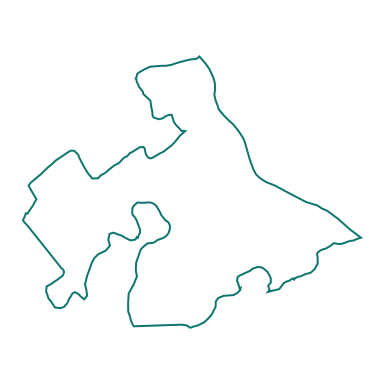 the district of Al-Rahmaniyya, Al Buhayrah, Egypt
{"feature_id": "37247803B62002284809719", "entity_name": "Al-Rahmaniyya", "entity_type": "district", "adm_level": 2, "iso_a3": "EGY", "parent_name": "Egypt", "parent_adm1": "Al Buhayrah", "projection": "albers", "projection_center": [30.587, 31.107], "detail": "fine", "context": "isolated", "style": "outline", "palette": "teal", "viewbox_px": 384, "rotation_deg": 0, "n_neighbors": 0, "source": "geoboundaries", "source_scale": "gbopen_adm2", "svg_char_len": 5947}
<svg xmlns="http://www.w3.org/2000/svg" viewBox="0 0 384 384"><path d="M28.6,185.6L30.7,189.4L31.5,190.9L33.3,194.0L35.7,197.9L36.5,199.2L34.5,202.5L33.3,204.9L31.6,207.5L31.0,208.3L28.8,211.7L27.5,213.6L25.9,213.2L25.0,215.8L23.0,220.4L24.7,222.7L25.7,223.6L26.8,224.8L27.4,225.5L28.2,226.5L29.5,228.0L31.3,230.4L34.6,234.5L38.5,239.4L40.5,241.9L44.9,247.4L51.5,255.7L53.8,258.6L57.7,263.5L61.5,268.3L62.0,268.7L63.2,269.7L64.0,271.9L63.9,272.7L63.5,273.9L62.7,275.6L62.3,275.9L60.8,277.1L59.0,278.5L56.8,280.1L55.6,280.8L54.8,281.4L53.4,282.4L51.3,283.9L46.7,286.4L46.1,291.1L47.4,295.0L48.5,298.6L50.9,301.3L55.0,307.5L60.6,308.2L64.7,306.5L65.4,305.1L65.9,304.6L66.5,304.2L67.0,303.6L67.3,303.1L68.5,300.5L69.1,298.7L70.5,296.9L71.0,296.3L71.3,295.4L72.1,293.9L74.7,292.1L78.3,293.9L80.9,296.7L84.2,299.3L85.2,298.1L85.7,297.4L87.1,295.6L86.4,290.3L85.0,284.1L85.6,282.2L86.9,276.6L88.1,273.2L89.9,268.2L92.0,262.3L94.5,257.9L98.5,254.1L105.6,250.7L110.0,245.6L108.3,239.7L109.6,233.8L111.7,233.2L113.0,232.7L114.7,233.1L117.0,234.1L122.2,235.8L122.7,236.2L123.9,237.1L125.8,237.9L126.9,238.7L130.0,240.2L131.7,240.3L133.5,239.9L135.5,239.5L136.7,237.2L137.8,237.9L138.3,236.5L139.0,234.5L140.2,232.2L140.0,230.2L139.9,229.3L138.9,226.4L136.9,221.2L135.5,218.1L133.9,216.3L132.5,214.7L132.3,213.0L132.2,211.3L132.3,209.9L132.4,208.2L132.7,207.6L133.4,206.3L136.3,203.4L137.8,202.5L140.2,202.7L141.9,202.8L142.5,202.8L144.5,202.7L146.4,202.5L147.0,202.5L149.6,202.4L150.4,202.6L152.6,203.2L153.7,203.7L154.5,204.4L155.9,205.5L157.6,207.9L159.6,211.4L160.0,212.2L160.5,213.3L160.9,214.6L164.4,219.0L165.3,220.2L167.1,221.5L168.3,222.3L168.8,223.0L169.3,224.1L170.0,226.2L169.8,229.7L169.3,230.4L168.8,232.6L167.7,234.3L167.0,235.0L166.0,236.1L165.4,236.5L163.2,238.0L162.6,238.2L159.5,239.3L157.3,240.1L155.7,241.4L153.7,242.6L152.3,242.9L147.3,243.5L145.9,244.7L143.6,246.5L140.8,249.4L139.9,251.8L138.9,254.7L137.3,259.3L136.8,261.0L136.1,262.9L136.0,265.1L135.9,268.0L135.8,270.4L136.2,272.5L136.7,274.9L137.0,276.4L135.8,279.2L133.6,284.6L128.7,293.5L128.3,300.1L128.1,304.7L128.3,311.9L129.8,315.9L130.7,319.7L131.9,322.9L133.7,326.3L180.8,324.7L181.7,324.8L182.5,324.8L183.4,324.9L185.8,325.2L186.9,325.6L187.9,326.0L189.6,327.5L191.4,327.5L193.6,326.5L196.1,325.9L197.9,325.4L204.2,322.3L209.6,317.1L212.1,313.8L215.6,306.7L215.8,301.5L218.3,298.0L223.7,295.8L233.4,295.1L235.3,294.1L237.2,293.0L239.5,290.8L240.2,290.0L240.6,287.7L239.6,288.3L239.2,287.2L239.1,286.5L238.5,284.9L238.4,283.7L237.2,281.3L237.0,280.7L237.5,278.3L237.5,277.4L237.7,276.8L239.0,276.0L240.1,275.4L240.9,275.0L242.2,274.4L243.6,273.8L244.9,273.1L246.4,272.4L247.7,271.9L248.7,271.5L250.0,270.9L251.2,269.8L252.3,269.1L252.9,268.5L253.8,268.2L254.8,268.1L255.7,267.6L257.6,267.0L260.1,267.2L261.8,267.5L264.0,268.8L264.8,269.5L266.9,271.4L267.4,271.8L269.5,275.5L270.7,278.0L270.8,280.1L270.8,281.2L270.7,282.3L270.6,282.9L269.9,283.7L269.0,284.7L268.4,285.3L268.2,285.9L268.6,287.1L269.3,289.2L269.6,289.8L268.0,291.9L272.2,290.8L279.3,289.1L282.7,284.5L283.4,283.6L283.8,283.0L285.7,282.1L286.6,281.5L287.3,281.3L288.4,281.0L289.1,280.7L290.6,279.8L291.3,279.4L292.9,278.4L294.1,279.6L294.9,278.2L296.6,277.5L297.6,277.1L298.6,276.7L299.8,276.5L300.8,276.3L301.6,275.9L302.4,275.5L303.2,275.1L305.3,274.2L309.3,273.1L310.9,272.6L312.7,270.9L314.8,268.9L315.9,266.8L316.9,265.0L317.7,263.6L317.7,261.0L317.6,257.0L317.0,254.0L317.5,252.7L320.0,250.7L323.3,249.2L325.0,248.9L327.3,247.7L330.0,246.2L333.9,243.1L337.6,243.9L339.8,243.9L341.8,243.9L344.4,242.9L345.6,242.5L347.2,241.9L348.1,241.5L349.0,241.3L350.5,240.9L353.5,240.5L355.7,239.5L357.4,238.8L360.4,237.9L361.0,237.7L349.7,229.2L338.0,218.8L327.2,210.8L321.6,208.3L317.2,205.4L306.0,202.0L294.5,196.0L285.5,191.3L274.9,185.5L266.4,182.2L260.3,178.4L256.1,174.5L253.4,169.5L249.5,158.7L244.6,141.3L243.0,137.9L238.8,131.4L233.1,124.2L229.5,121.2L223.7,115.3L218.7,109.3L217.5,105.2L215.5,100.1L214.9,97.3L214.5,95.7L214.4,93.5L215.1,90.1L215.0,86.6L214.8,82.7L213.6,78.6L211.8,74.2L209.1,68.6L205.6,63.6L199.4,56.5L198.9,57.0L197.8,57.8L196.4,58.8L189.8,59.6L186.8,60.3L181.1,61.8L179.9,62.1L178.5,62.5L174.9,63.6L172.3,64.6L170.8,64.9L167.3,65.6L165.1,65.8L162.8,65.8L161.9,65.8L158.7,66.0L157.9,66.1L157.1,66.1L155.0,66.3L152.0,66.6L150.2,66.7L147.0,68.1L145.7,68.7L143.1,70.1L138.9,72.5L137.3,73.9L137.1,74.7L136.4,77.3L136.0,78.0L135.6,78.7L136.4,79.1L136.5,80.0L136.6,81.3L139.3,87.2L141.9,90.4L142.9,91.9L143.3,94.0L147.2,97.7L150.4,100.7L150.7,102.7L151.5,108.4L151.8,109.3L152.2,111.1L152.4,112.9L152.6,115.8L153.8,117.6L158.7,119.2L161.5,118.6L162.4,118.4L163.5,117.7L164.4,117.1L165.9,116.1L166.4,115.8L169.9,114.8L171.7,114.8L173.8,121.7L174.1,122.1L175.4,124.2L177.5,126.6L178.3,127.3L179.1,128.1L181.7,131.0L183.0,130.9L184.1,130.8L185.3,131.1L182.5,133.4L179.7,135.9L179.4,136.4L178.2,137.9L176.8,139.6L174.8,142.1L173.6,143.3L172.6,144.3L171.6,145.4L170.1,146.6L169.5,147.0L168.2,148.0L165.5,150.2L164.5,150.9L162.9,152.0L161.2,152.8L160.6,153.1L159.2,153.8L157.6,154.8L156.8,155.3L155.7,155.9L154.4,156.7L152.5,157.7L151.6,158.0L150.4,158.4L149.0,157.9L148.1,157.5L147.3,156.5L146.7,155.5L146.3,154.8L145.8,153.5L145.5,152.8L145.1,150.6L144.6,148.2L143.5,147.1L139.9,147.2L138.1,148.3L135.2,150.1L132.6,151.8L129.7,153.2L128.6,154.6L127.5,155.9L126.7,156.5L125.7,156.9L124.1,157.6L122.5,159.2L119.0,163.0L116.3,164.4L114.6,165.2L109.5,169.2L107.0,171.5L104.0,173.6L102.7,174.3L101.3,174.9L99.9,176.3L98.1,178.3L95.2,178.4L92.3,178.5L90.7,176.5L89.0,174.5L88.1,173.5L87.2,172.1L86.1,170.3L84.6,167.8L83.4,165.8L82.1,163.1L80.8,160.7L80.1,159.3L79.2,157.6L78.3,154.9L77.4,153.9L76.6,153.1L74.2,150.8L72.7,150.7L70.9,150.6L68.4,152.0L65.8,153.7L63.4,155.4L57.4,159.3L54.9,161.2L52.2,163.9L50.8,165.0L47.8,167.5L45.2,170.0L42.7,172.5L40.1,174.9L37.7,176.8L36.0,178.3L35.2,178.9L33.3,180.6L31.8,181.8L30.5,183.0L29.1,184.9L28.6,185.6Z" fill="none" stroke="#0f766e" stroke-width="2"/></svg>